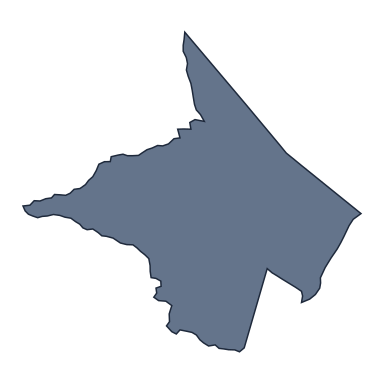 São João do Sul, Santa Catarina, Brazil
{"feature_id": "56859067B43932485433682", "entity_name": "São João do Sul", "entity_type": "district", "adm_level": 2, "iso_a3": "BRA", "parent_name": "Brazil", "parent_adm1": "Santa Catarina", "projection": "albers", "projection_center": [-49.843, -29.193], "detail": "fine", "context": "isolated", "style": "filled", "palette": "slate", "viewbox_px": 384, "rotation_deg": 0, "n_neighbors": 0, "source": "geoboundaries", "source_scale": "gbopen_adm2", "svg_char_len": 1731}
<svg xmlns="http://www.w3.org/2000/svg" viewBox="0 0 384 384"><path d="M186.4,70.0L188.2,76.3L190.9,83.4L192.2,90.2L193.2,96.6L194.5,104.4L196.3,109.9L200.5,114.6L204.3,121.4L195.0,119.6L189.8,122.5L190.9,129.2L183.8,129.0L177.7,129.2L180.0,137.9L174.0,138.7L168.5,143.9L162.7,145.9L157.6,145.5L152.2,148.0L147.0,149.7L142.4,152.7L138.5,155.4L132.4,155.7L127.4,155.7L123.0,154.2L118.0,155.1L111.2,156.7L110.3,161.6L104.4,161.7L98.9,164.2L96.2,170.7L92.8,176.7L88.6,180.4L85.5,184.6L80.0,188.5L74.1,189.3L70.2,193.2L65.7,195.3L59.8,194.8L54.5,194.5L51.5,197.9L45.8,198.7L40.0,201.0L34.2,200.7L29.9,205.2L23.0,206.0L25.2,211.0L28.4,214.2L32.7,216.0L37.7,217.7L42.2,216.4L47.3,216.0L53.4,214.5L59.8,215.4L65.0,217.2L70.9,218.2L75.5,221.6L79.8,224.2L82.9,227.9L87.1,229.7L92.8,229.0L98.2,232.6L101.8,235.8L106.4,236.3L113.1,238.1L120.4,243.0L126.7,244.6L132.9,244.8L137.0,247.9L140.6,251.4L144.9,254.8L148.8,258.6L150.1,265.6L150.2,271.4L151.1,277.6L156.0,278.4L160.8,281.1L161.1,286.3L156.0,288.1L156.7,293.1L153.8,297.2L158.6,300.6L165.9,301.2L171.8,305.6L169.2,313.9L169.5,321.7L166.5,325.9L171.8,331.7L176.3,334.0L180.0,329.9L187.4,331.4L192.0,332.4L196.4,335.0L199.9,339.8L203.6,342.9L208.6,346.0L215.2,344.9L219.1,348.4L223.6,348.9L228.6,349.7L234.8,349.9L239.5,351.8L244.2,347.9L267.2,268.6L272.1,272.8L277.2,275.9L281.7,278.8L295.6,287.3L301.5,291.3L302.6,296.0L301.5,302.5L309.7,299.1L315.4,294.5L319.7,288.2L320.6,283.0L320.4,277.8L325.2,267.5L331.1,257.9L337.2,249.0L340.7,242.8L343.8,236.7L349.1,225.6L353.2,219.3L361.0,213.6L301.6,165.6L294.3,159.6L286.3,153.1L279.6,144.9L245.9,104.5L184.8,32.2L184.1,39.5L183.2,45.3L183.2,51.3L186.3,57.6L187.5,63.6L186.4,70.0Z" fill="#64748b" stroke="#1e293b" stroke-width="1.5"/></svg>